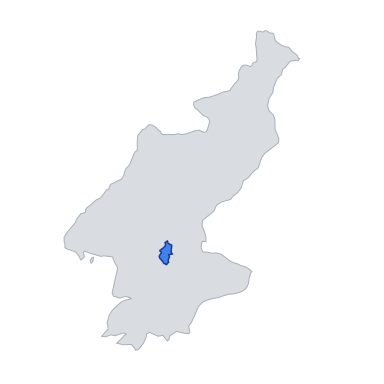 Sinyang, P'yŏngan-namdo, North Korea (highlighted), rotated 346°
{"feature_id": "82179303B23592668869801", "entity_name": "Sinyang", "entity_type": "district", "adm_level": 2, "iso_a3": "PRK", "parent_name": "North Korea", "parent_adm1": "P'yŏngan-namdo", "projection": "robinson", "projection_center": [126.57, 39.355], "detail": "fine", "context": "in_parent", "style": "filled", "palette": "blue", "viewbox_px": 384, "rotation_deg": 346, "n_neighbors": 0, "source": "geoboundaries", "source_scale": "gbopen_adm2", "svg_char_len": 4294}
<svg xmlns="http://www.w3.org/2000/svg" viewBox="0 0 384 384"><g transform="rotate(346 192 192)"><path d="M230.9,283.8L229.4,284.7L226.8,289.1L224.4,294.8L222.0,297.9L219.3,299.6L216.3,300.6L210.5,301.0L205.2,300.6L203.5,300.0L196.2,300.4L194.1,300.8L183.7,300.4L178.2,300.8L174.7,301.9L171.2,304.2L168.1,307.7L165.5,311.4L160.0,318.2L156.2,321.5L156.1,326.2L156.1,327.7L154.7,328.7L154.2,328.2L152.0,327.9L143.1,323.5L135.8,326.2L133.9,329.6L132.0,330.7L129.1,324.0L124.3,323.8L116.7,317.8L113.5,319.0L112.6,321.4L108.4,326.9L102.6,331.4L100.7,332.0L98.6,331.7L98.9,330.5L96.5,325.4L87.4,323.3L84.1,321.2L82.4,320.7L91.4,315.0L93.8,314.0L92.0,312.7L90.1,312.1L82.7,312.9L78.9,311.0L73.3,311.6L69.4,310.2L77.5,304.6L77.9,301.3L77.8,298.8L81.9,291.5L86.1,287.4L96.7,281.6L101.3,280.8L104.7,281.0L107.4,280.5L104.6,278.3L101.7,277.2L96.3,277.5L90.6,274.1L90.1,270.6L101.2,248.4L101.4,246.4L99.7,241.0L99.2,235.7L91.3,232.7L87.8,232.3L77.7,226.4L73.7,223.4L72.1,224.2L71.8,229.0L70.3,230.1L67.7,231.0L66.4,225.5L64.2,221.6L57.6,217.6L55.2,215.4L56.4,210.7L55.8,210.2L56.9,205.0L61.1,200.9L71.2,193.6L73.8,190.2L78.9,186.2L81.2,186.2L83.6,185.9L84.3,184.1L84.9,182.8L86.9,181.5L91.9,179.3L97.4,176.4L101.9,175.6L107.4,171.2L109.6,169.3L111.8,169.3L112.4,168.4L113.7,166.1L115.4,164.7L117.9,164.4L121.8,163.3L126.7,162.6L130.1,159.0L131.3,156.4L133.5,153.5L138.2,150.3L141.5,145.7L145.1,140.6L146.8,139.0L148.5,138.7L149.5,136.8L150.6,131.4L152.3,126.2L153.2,123.7L157.4,121.0L158.4,119.7L159.4,119.3L161.3,119.6L163.8,118.1L166.3,116.3L168.5,116.9L170.7,118.4L173.1,121.3L174.1,123.6L176.0,125.5L176.4,128.3L178.2,129.5L182.1,130.1L188.6,132.0L192.8,132.1L195.2,133.6L200.2,134.3L210.1,133.2L214.2,133.9L215.9,135.6L218.5,137.0L220.1,137.1L222.3,134.7L224.6,130.8L226.2,127.9L226.1,125.5L224.7,123.0L221.4,120.6L219.2,116.9L217.1,113.2L215.9,111.9L214.9,110.1L214.7,107.3L215.4,105.4L220.3,104.1L226.7,103.4L231.8,104.2L240.4,103.6L245.7,102.6L249.6,102.7L253.2,102.7L254.8,101.1L259.7,97.2L262.1,95.8L264.8,93.2L265.2,90.4L265.7,88.2L267.1,85.8L269.7,82.9L271.9,81.5L274.4,81.7L277.1,83.1L278.8,84.4L280.6,84.0L282.2,81.7L283.2,81.3L286.2,81.1L287.1,79.6L288.2,72.8L289.2,67.5L289.4,63.7L292.0,57.5L292.8,53.7L294.4,52.0L296.2,52.1L297.8,53.2L299.7,53.9L302.3,53.2L304.1,54.2L305.3,56.2L309.1,57.6L309.5,58.6L309.5,65.4L311.7,68.5L314.5,71.4L318.4,74.0L320.5,74.6L321.7,76.4L322.9,79.7L325.7,82.8L327.2,85.1L327.5,87.4L328.8,88.8L326.7,90.2L323.8,89.3L319.0,88.8L312.9,93.4L309.5,95.1L307.2,99.6L302.4,102.3L299.9,105.2L296.5,110.2L294.4,115.0L289.3,120.0L286.3,126.2L286.2,131.5L289.6,136.9L290.0,141.5L287.8,151.1L289.2,161.2L287.9,165.1L272.0,172.1L267.9,175.5L262.1,184.5L255.0,187.8L250.6,191.5L244.5,193.7L240.6,200.0L236.3,203.6L231.2,205.8L227.4,208.6L218.8,208.7L212.7,210.7L208.4,216.0L195.4,222.1L193.6,226.7L194.5,233.8L194.6,239.2L193.5,243.6L190.6,242.4L189.1,243.8L187.4,248.0L187.9,252.7L192.4,254.2L196.1,256.1L201.2,257.1L205.1,259.3L213.2,269.2L219.9,273.5L221.6,275.2L225.4,277.3L228.9,280.8L230.9,283.8ZM79.3,235.2L76.8,236.7L76.7,234.0L78.6,231.7L80.6,231.4L79.3,235.2Z" fill="#d9dde1" stroke="#a8b0b8" stroke-width="1"/><path d="M151.7,255.0L152.0,254.7L152.3,254.6L152.3,254.2L152.2,253.3L152.4,252.6L152.8,251.6L153.4,250.9L154.1,250.0L154.4,249.4L154.5,248.9L154.2,248.1L154.2,247.7L154.4,247.1L155.5,247.3L156.2,247.4L156.9,247.4L157.5,247.3L157.9,247.3L157.7,247.0L157.6,246.7L157.4,246.1L157.3,245.5L157.4,244.8L157.6,243.9L158.1,242.5L158.2,242.2L159.3,239.5L159.4,239.2L159.4,238.8L159.3,238.5L159.1,238.3L158.8,238.0L158.5,237.8L157.9,237.4L157.1,236.7L156.6,236.1L156.4,235.6L156.2,234.9L156.3,234.3L156.5,233.7L156.8,233.4L155.8,233.7L154.6,234.2L153.6,234.5L153.8,235.5L153.6,236.1L153.5,236.8L153.0,237.8L150.9,239.1L149.8,239.8L148.9,239.9L148.3,240.2L147.6,240.7L146.8,240.8L146.6,241.4L147.0,242.0L147.3,242.5L147.7,243.2L147.6,243.8L147.2,244.2L146.4,244.5L145.9,245.1L145.2,245.8L144.7,246.2L144.6,247.0L144.6,247.5L144.7,248.1L144.8,248.7L145.3,249.4L145.7,249.8L145.7,250.1L145.8,250.7L146.0,251.3L146.4,251.7L146.7,252.0L146.9,252.6L147.1,253.0L147.1,253.6L147.2,254.1L147.4,254.4L147.6,254.7L148.2,254.9L148.8,255.4L149.0,255.9L149.8,256.3L150.2,256.0L150.6,255.6L151.2,255.0L151.7,255.0Z" fill="#3b82f6" stroke="#1e3a8a" stroke-width="1.5"/></g></svg>